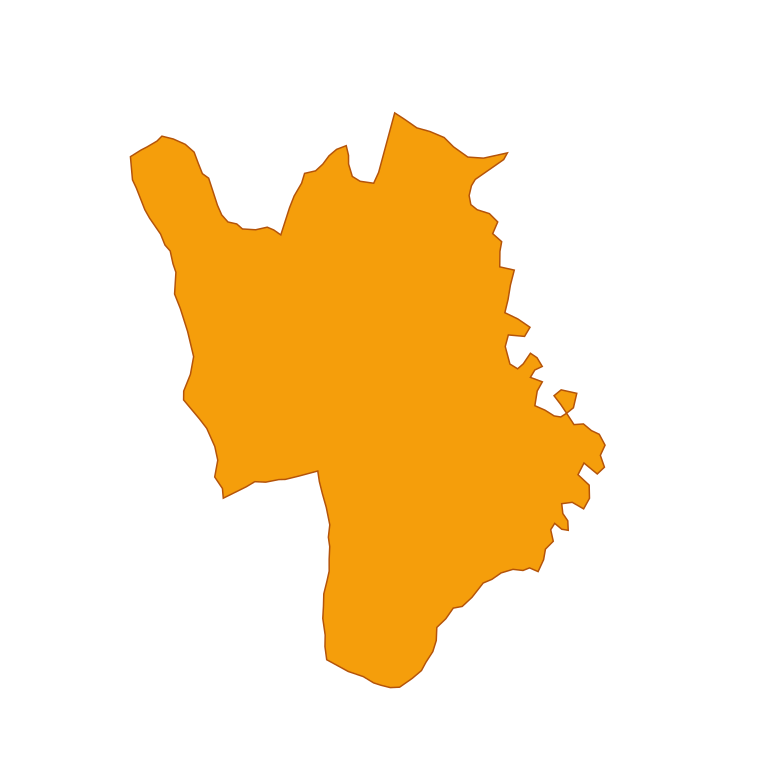 the district of Florestópolis, Paraná, Brazil, rotated 345°
{"feature_id": "56859067B91168213066452", "entity_name": "Florestópolis", "entity_type": "district", "adm_level": 2, "iso_a3": "BRA", "parent_name": "Brazil", "parent_adm1": "Paraná", "projection": "equal_earth", "projection_center": [-51.393, -22.894], "detail": "fine", "context": "isolated", "style": "filled", "palette": "amber", "viewbox_px": 768, "rotation_deg": 345, "n_neighbors": 0, "source": "geoboundaries", "source_scale": "gbopen_adm2", "svg_char_len": 2338}
<svg xmlns="http://www.w3.org/2000/svg" viewBox="0 0 768 768"><g transform="rotate(345 384 384)"><path d="M563.0,192.7L538.6,191.6L523.7,186.5L512.5,172.9L505.9,161.5L493.7,152.0L482.0,145.1L472.5,133.8L464.5,124.9L433.6,178.2L426.0,187.4L413.4,182.0L407.1,175.3L406.7,162.4L408.9,154.0L409.2,144.0L398.9,145.1L390.0,149.3L381.8,155.8L373.1,160.4L361.8,160.0L356.4,168.7L345.9,179.1L338.3,189.4L322.9,213.3L317.4,206.7L311.8,202.3L299.9,201.8L287.4,197.6L283.2,191.3L275.2,187.1L271.0,178.7L269.4,168.4L267.9,139.8L263.0,133.8L261.7,122.6L260.6,110.9L254.1,101.1L243.9,92.8L233.6,87.1L227.6,90.6L216.4,93.7L209.9,95.1L197.9,98.8L193.9,121.7L195.5,130.6L198.1,153.8L200.5,163.1L207.0,181.4L208.4,193.1L211.9,200.2L211.3,213.3L211.9,222.3L205.0,242.9L206.8,258.3L207.9,282.5L207.2,308.3L199.5,324.6L188.7,339.0L186.3,347.5L196.7,369.9L201.3,381.0L204.4,400.6L203.7,414.6L196.4,430.0L200.9,443.1L199.2,452.7L224.5,447.6L233.9,444.9L244.4,448.2L257.7,449.1L263.9,450.6L278.1,450.9L287.9,450.9L297.5,450.9L296.3,461.6L296.1,473.8L296.3,488.3L295.2,506.0L290.6,517.6L289.5,527.0L285.7,539.0L282.6,550.6L277.9,559.6L271.5,571.2L268.0,583.0L264.2,594.6L262.2,611.3L259.0,622.4L257.3,635.5L275.0,652.4L288.3,661.3L296.6,670.0L303.1,674.2L311.5,678.9L320.6,680.9L335.2,675.6L346.0,670.5L352.5,663.6L361.9,655.1L368.1,645.3L372.0,632.8L382.9,626.8L392.9,618.4L402.0,619.1L413.8,612.8L428.3,601.9L437.7,600.6L448.2,596.8L460.6,596.4L470.0,600.1L477.0,599.3L484.3,605.1L492.7,595.0L497.2,585.3L506.8,579.7L507.3,567.9L512.8,562.8L518.1,570.3L524.1,573.0L526.1,563.7L523.2,555.4L524.7,545.6L535.2,547.0L544.5,556.3L552.9,547.6L556.0,534.8L547.9,521.8L556.7,512.1L566.7,526.1L575.4,521.4L574.5,508.9L581.7,500.3L578.9,488.3L572.3,482.7L566.3,474.2L557.0,472.4L552.8,459.5L546.2,461.6L540.1,458.9L532.7,450.9L524.1,444.0L530.2,430.4L537.5,422.9L527.1,415.5L533.3,409.5L541.4,408.0L538.6,398.2L533.4,392.2L523.7,400.6L517.0,403.9L510.8,397.3L510.8,379.2L516.8,368.8L532.1,374.4L539.7,367.0L530.2,355.9L519.2,346.4L525.7,334.5L531.7,321.2L539.3,307.7L526.1,300.8L530.3,285.9L534.5,277.0L527.9,266.9L535.8,256.9L529.9,246.7L519.1,239.8L514.3,233.2L515.0,224.0L519.8,215.1L525.1,210.0L557.7,198.2L563.0,192.7ZM552.8,459.5L560.8,456.0L567.8,442.9L553.6,435.5L545.2,439.3L549.4,449.5L552.8,459.5Z" fill="#f59e0b" stroke="#b45309" stroke-width="1.5"/></g></svg>